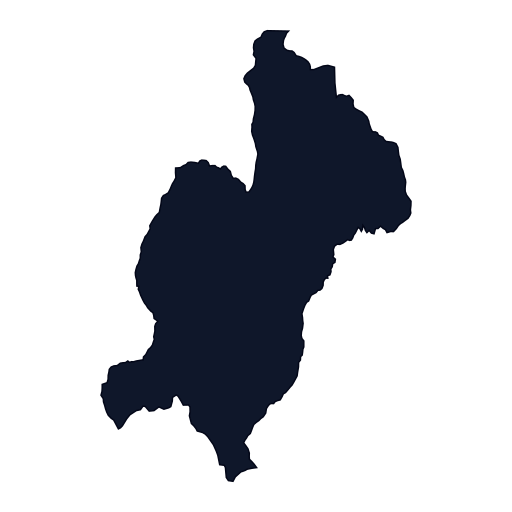 the district of Condeúba, Bahia, Brazil
{"feature_id": "56859067B15053950259209", "entity_name": "Condeúba", "entity_type": "district", "adm_level": 2, "iso_a3": "BRA", "parent_name": "Brazil", "parent_adm1": "Bahia", "projection": "equal_earth", "projection_center": [-42.052, -14.924], "detail": "fine", "context": "isolated", "style": "filled", "palette": "ink", "viewbox_px": 512, "rotation_deg": 0, "n_neighbors": 0, "source": "geoboundaries", "source_scale": "gbopen_adm2", "svg_char_len": 5304}
<svg xmlns="http://www.w3.org/2000/svg" viewBox="0 0 512 512"><path d="M349.0,95.4L346.5,96.3L344.2,95.5L342.6,94.6L340.7,94.7L338.6,95.2L336.4,97.4L334.9,83.0L334.5,67.2L327.9,65.4L323.2,66.0L313.9,69.6L310.3,69.6L310.3,66.7L309.6,64.3L308.0,61.8L305.9,60.0L304.1,58.8L301.6,57.4L298.8,56.4L296.2,55.8L294.1,52.5L292.1,51.0L289.6,50.9L286.8,50.2L284.0,48.0L283.0,44.3L283.5,40.4L284.3,38.1L285.4,36.2L286.5,33.2L288.5,31.1L267.2,30.7L264.2,31.8L262.3,34.1L261.0,37.2L257.4,39.1L255.1,40.9L253.8,44.3L253.5,47.8L254.1,51.3L253.4,54.8L256.1,58.4L255.7,62.0L255.4,65.4L253.7,68.2L250.3,70.8L247.4,73.1L245.2,75.7L243.9,78.7L244.8,82.1L246.7,84.0L248.3,85.3L249.5,87.4L250.1,90.0L251.6,93.6L252.9,96.9L253.4,99.8L254.6,103.3L255.2,106.4L255.1,110.5L254.5,114.6L253.4,118.9L253.1,122.3L251.9,124.3L252.0,127.2L251.7,131.3L252.5,135.1L253.5,137.6L254.3,139.9L255.4,143.5L255.9,146.7L256.7,149.2L257.5,151.6L257.9,154.1L257.0,159.0L256.2,162.3L255.8,165.2L255.6,169.0L255.1,171.8L254.5,176.2L254.2,179.3L253.8,182.3L253.0,185.2L252.0,187.4L250.6,189.7L248.8,192.1L246.1,192.2L245.1,189.5L245.0,185.7L243.1,183.6L240.7,182.1L238.4,179.4L235.8,178.1L233.3,178.4L231.3,175.4L230.3,171.4L227.8,169.1L225.7,166.3L223.8,166.1L221.8,167.2L220.4,169.0L218.5,167.8L216.6,167.2L215.0,165.6L212.4,165.6L209.5,166.0L208.2,162.6L206.2,160.6L204.3,160.3L201.7,160.1L199.8,161.0L198.4,163.3L194.8,162.5L190.9,162.1L188.1,162.5L186.1,164.6L183.5,165.6L180.5,167.6L177.8,167.9L175.6,168.0L175.5,172.7L175.9,177.7L174.0,181.4L172.6,183.5L171.5,185.9L170.3,188.9L168.3,192.8L165.3,194.7L163.4,195.5L161.6,198.2L161.2,202.0L160.9,204.5L160.2,207.7L159.3,212.5L156.9,214.7L155.1,216.8L152.4,221.1L149.8,225.7L150.2,228.8L147.2,234.4L145.1,236.7L143.4,241.2L142.0,244.0L140.9,247.6L141.3,251.9L140.3,254.9L140.3,258.2L139.3,260.9L138.4,263.8L137.0,266.0L136.0,269.4L135.3,272.6L135.5,275.4L136.0,277.8L136.8,280.4L136.8,283.2L136.9,286.1L138.8,286.3L138.3,289.3L139.5,291.8L140.7,295.3L141.7,297.4L142.8,299.8L144.5,303.0L146.4,305.4L147.7,307.7L151.0,311.3L152.9,312.6L153.7,315.2L154.1,318.5L156.3,320.0L157.9,321.2L155.7,323.7L154.8,326.4L154.9,331.1L154.4,333.6L153.7,336.7L154.3,339.4L153.3,342.2L152.4,345.1L150.5,347.7L148.4,349.5L147.4,351.5L145.8,354.6L143.5,356.9L143.2,359.8L140.8,360.2L138.5,360.6L136.2,361.0L133.5,361.8L131.4,361.7L129.6,362.4L127.8,361.0L125.5,362.6L122.7,362.8L120.3,363.2L117.2,365.6L113.9,365.9L111.2,367.0L109.3,369.3L108.9,372.2L108.2,375.3L108.1,379.3L107.1,382.7L104.5,383.6L102.2,384.4L102.2,387.9L102.0,391.4L101.0,395.2L103.3,398.7L103.5,401.9L104.7,405.5L105.6,408.9L106.7,412.0L108.3,415.3L111.2,418.3L113.7,420.0L118.4,428.9L120.5,427.8L122.4,425.8L126.7,418.8L129.9,414.8L136.3,410.6L140.4,409.7L143.0,406.1L145.3,406.5L149.2,411.1L154.0,410.6L158.9,406.9L163.9,409.2L168.7,407.8L170.8,406.6L172.3,401.1L172.5,397.4L176.3,394.9L178.2,396.3L181.3,401.4L183.3,405.1L188.6,405.0L190.0,407.0L190.1,411.8L189.4,415.8L191.4,423.5L193.8,425.8L196.0,428.6L197.2,431.0L202.6,432.5L205.3,434.1L207.8,436.7L213.4,444.7L216.2,450.9L217.8,455.2L219.7,464.7L224.3,465.3L225.4,467.5L226.3,477.5L228.4,480.6L233.0,481.3L235.3,476.9L240.8,471.9L243.0,471.2L245.1,470.4L247.2,469.2L249.6,468.7L252.2,468.2L256.6,467.6L254.1,464.2L251.9,461.7L249.4,459.2L249.2,456.3L249.3,453.1L248.0,448.9L245.8,445.7L243.6,442.8L244.9,440.2L246.6,437.8L247.8,435.6L250.3,433.5L251.5,430.4L252.5,427.6L253.8,424.5L256.3,422.3L258.8,420.6L260.7,418.6L263.2,416.8L265.7,413.1L266.4,408.6L267.9,406.2L269.6,404.1L271.4,403.5L273.6,403.6L275.1,401.6L277.5,400.6L280.2,399.9L282.1,396.6L283.3,393.8L285.5,392.6L287.9,389.8L290.2,387.0L292.0,385.1L293.7,382.2L295.5,378.9L297.1,375.9L297.6,372.2L298.5,366.9L298.6,362.4L300.4,360.1L300.6,356.6L302.2,355.1L302.6,352.2L302.9,349.2L303.8,347.0L303.8,344.0L303.8,340.9L301.9,338.5L301.2,335.6L301.5,331.8L302.5,328.2L303.1,323.4L302.7,320.7L302.5,317.5L301.9,313.7L302.7,311.3L303.6,308.6L304.9,305.3L306.6,302.3L308.6,301.0L310.2,297.1L311.3,295.1L313.7,293.8L316.0,292.6L317.9,290.3L320.0,290.1L321.9,288.5L323.1,285.4L323.2,282.1L324.2,279.9L325.7,278.1L327.8,278.2L327.5,275.7L329.9,274.9L331.0,271.7L330.8,269.0L332.2,266.8L332.7,263.7L334.9,262.4L335.4,259.2L332.9,257.0L333.8,254.6L333.3,249.5L334.5,246.2L337.1,244.2L339.9,244.4L343.0,243.0L345.7,241.1L347.7,239.6L349.5,240.4L351.3,240.1L352.7,237.9L353.7,235.1L355.3,233.0L356.4,230.8L358.1,227.4L360.0,228.8L361.3,231.3L362.5,229.2L362.9,225.4L364.6,227.8L365.4,230.4L366.9,232.6L369.1,230.4L371.4,233.1L374.0,233.8L375.5,228.6L378.0,228.5L380.5,226.1L383.2,228.4L385.5,229.7L387.0,232.6L390.6,231.5L393.5,231.6L396.3,228.6L398.4,225.5L400.6,223.5L402.5,222.4L405.1,220.4L408.0,218.3L409.8,215.5L410.8,213.0L410.4,209.9L410.9,205.5L411.0,201.2L409.0,198.4L406.5,195.0L405.2,191.4L405.1,188.4L405.3,186.0L405.7,182.3L405.4,179.8L404.4,177.1L403.6,173.5L402.8,170.5L401.3,167.5L400.9,164.5L400.6,162.1L400.2,159.2L398.8,155.2L398.3,151.2L397.9,147.4L396.0,143.7L393.5,142.6L391.6,142.1L388.7,141.8L385.9,141.4L384.0,139.5L382.9,137.3L380.5,136.1L378.4,135.2L377.4,132.9L375.5,131.9L372.5,131.8L371.0,129.1L370.1,126.5L369.2,123.9L368.7,121.1L366.9,116.9L365.0,115.0L362.1,112.2L358.7,110.6L356.0,109.1L353.8,107.5L353.0,104.0L353.2,100.2L351.2,97.7L349.0,95.4Z" fill="#0f172a" stroke="#020617" stroke-width="1.5"/></svg>